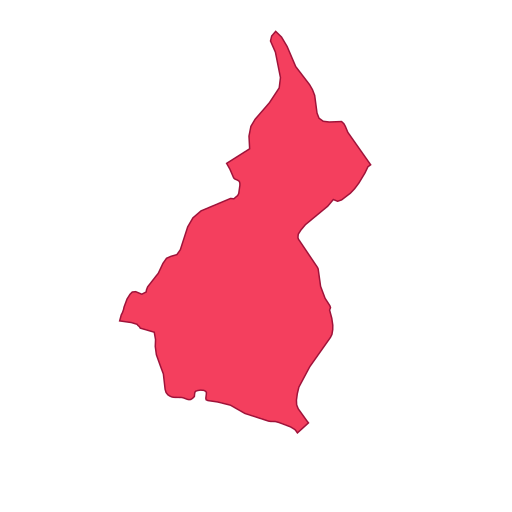 an SVG outline of Babil, rotated 52°
{"feature_id": "IRQ-3472", "entity_name": "Babil", "entity_type": "Province", "adm_level": 1, "iso_a3": "IRQ", "parent_name": "Iraq", "parent_adm1": "", "projection": "robinson", "projection_center": [44.536, 32.662], "detail": "fine", "context": "isolated", "style": "filled", "palette": "rose", "viewbox_px": 512, "rotation_deg": 52, "n_neighbors": 0, "source": "natural_earth", "source_scale": "10m", "svg_char_len": 1942}
<svg xmlns="http://www.w3.org/2000/svg" viewBox="0 0 512 512"><g transform="rotate(52 256 256)"><path d="M205.8,105.3L208.9,105.8L215.0,107.5L254.7,109.5L254.6,112.9L257.6,118.9L261.8,129.9L263.7,136.9L264.6,142.9L264.5,154.0L263.1,158.0L259.1,160.3L260.9,168.8L261.7,197.7L263.2,204.7L264.8,209.2L266.4,210.8L267.5,211.7L269.0,212.2L302.9,214.6L304.5,215.0L319.7,223.8L331.8,227.6L340.6,228.4L342.6,229.1L343.9,231.3L351.7,234.6L357.8,238.1L361.3,240.9L364.5,244.4L366.0,247.5L376.3,281.7L385.7,302.9L389.9,308.2L394.5,312.9L398.3,315.6L402.4,316.8L416.7,317.4L419.8,317.4L420.5,326.4L420.9,332.3L417.3,332.1L415.3,332.7L411.9,334.0L401.2,340.5L398.3,342.7L395.4,346.3L393.8,347.8L373.2,361.7L357.8,368.0L347.3,376.2L340.3,382.9L338.6,383.8L337.2,383.1L334.4,380.3L333.0,379.1L331.6,379.0L329.8,379.8L327.5,382.3L326.1,384.8L325.4,386.8L325.8,388.1L326.9,389.3L328.8,391.1L329.1,393.7L328.9,395.8L327.9,397.3L326.6,398.4L323.0,400.6L321.6,401.8L317.0,407.5L315.4,409.0L313.4,410.1L311.1,410.9L308.2,410.9L305.1,409.7L291.9,401.6L284.6,399.3L272.5,395.3L265.3,391.1L260.0,386.6L253.4,383.1L241.6,391.6L239.8,391.4L237.8,391.8L236.7,391.7L231.7,395.2L223.2,403.4L219.5,398.5L218.4,396.1L216.6,393.3L215.0,391.4L210.5,384.1L208.6,378.8L208.2,375.7L210.0,372.8L215.8,369.5L216.7,364.7L215.3,363.2L213.6,360.4L210.2,346.8L209.5,343.7L204.5,333.8L202.7,327.9L203.9,323.2L206.2,317.5L204.5,311.8L191.0,291.9L187.1,282.2L186.6,271.5L195.0,240.6L197.3,238.2L197.1,235.0L197.1,233.3L196.1,231.1L190.3,225.1L188.7,223.9L187.2,223.3L186.1,223.4L184.8,223.9L182.2,225.3L181.1,225.5L179.9,225.3L171.5,223.1L164.9,222.1L167.6,195.0L157.2,187.7L150.7,180.2L147.7,172.5L143.5,151.1L137.8,134.2L130.5,126.9L107.3,115.2L95.5,112.2L92.3,108.2L91.1,102.2L99.2,101.1L110.1,102.5L131.2,108.1L153.9,108.3L159.7,109.1L165.6,110.9L180.9,119.9L186.2,121.5L191.2,120.1L195.5,115.8L202.7,105.8L205.8,105.3Z" fill="#f43f5e" stroke="#9f1239" stroke-width="1.5"/></g></svg>